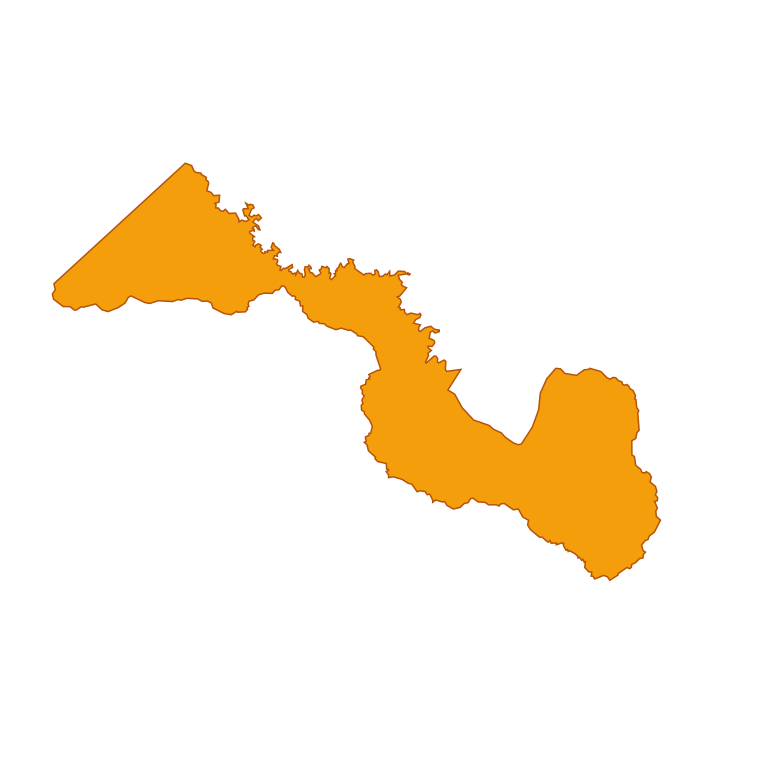 outline of Sonora, Mato Grosso do Sul, Brazil, rotated 224°
{"feature_id": "56859067B75872573246742", "entity_name": "Sonora", "entity_type": "district", "adm_level": 2, "iso_a3": "BRA", "parent_name": "Brazil", "parent_adm1": "Mato Grosso do Sul", "projection": "orthographic", "projection_center": [-54.401, -17.615], "detail": "fine", "context": "isolated", "style": "filled", "palette": "amber", "viewbox_px": 768, "rotation_deg": 224, "n_neighbors": 0, "source": "geoboundaries", "source_scale": "gbopen_adm2", "svg_char_len": 6136}
<svg xmlns="http://www.w3.org/2000/svg" viewBox="0 0 768 768"><g transform="rotate(224 384 384)"><path d="M83.0,409.0L83.9,410.2L81.8,420.7L78.9,421.9L78.7,423.9L80.4,426.3L79.0,430.1L78.9,435.9L76.9,438.7L79.0,441.8L79.1,444.7L81.7,444.1L86.8,446.9L87.3,452.6L86.1,455.6L87.6,459.0L86.6,465.3L90.5,478.1L96.2,478.0L100.2,481.4L101.2,484.7L107.8,487.5L106.3,489.9L108.1,492.3L111.8,492.8L113.1,496.3L117.6,498.9L124.6,498.4L127.1,502.9L130.8,503.9L134.6,503.1L134.2,501.7L136.7,499.5L140.3,500.9L146.4,500.3L153.5,505.8L156.4,505.2L166.3,515.3L165.1,519.7L168.3,524.8L168.3,527.9L181.3,539.4L182.1,541.7L185.9,542.6L191.9,547.8L193.1,547.4L195.1,550.4L200.3,552.3L204.0,551.5L206.5,552.5L208.9,552.4L210.4,549.9L211.9,549.5L214.5,550.8L217.8,549.2L221.7,549.5L223.9,547.7L224.6,544.6L227.9,543.4L236.7,543.6L246.9,538.2L246.8,536.9L249.9,533.3L251.5,524.0L261.1,517.3L267.6,517.5L271.3,514.6L270.5,500.7L265.2,486.0L254.8,472.8L247.3,455.9L243.5,436.3L245.5,433.3L250.1,431.5L260.0,429.9L265.5,430.4L273.6,427.5L279.4,427.3L294.5,420.3L311.5,421.3L326.1,425.8L333.9,424.1L338.8,447.9L347.7,436.6L350.1,437.2L355.2,443.2L357.3,443.1L359.4,437.2L360.9,436.9L363.2,439.7L365.9,440.1L367.4,439.0L368.2,428.3L369.4,428.6L371.7,435.4L373.8,436.6L373.2,441.0L377.5,440.7L378.5,441.7L375.5,444.5L375.9,448.3L377.3,449.9L379.2,449.9L383.2,448.2L386.7,453.4L385.8,456.0L382.7,456.1L380.6,460.1L381.8,461.2L385.7,458.4L390.5,458.0L393.6,452.8L394.4,447.0L396.0,446.5L398.5,448.8L398.8,451.8L405.0,448.3L405.9,452.4L404.5,456.7L405.5,459.5L407.2,459.8L407.7,457.5L413.9,453.7L415.6,449.9L418.7,449.8L421.2,451.8L423.7,448.8L425.4,450.0L426.9,449.2L428.3,454.7L431.0,456.3L434.9,455.9L433.8,458.2L434.6,468.9L439.2,467.3L441.0,467.9L441.4,469.9L445.5,470.0L449.3,472.2L444.3,478.8L447.2,479.3L452.1,475.2L452.2,469.6L454.8,465.8L458.2,469.0L457.7,464.5L459.4,464.2L459.8,460.7L462.1,458.1L466.0,460.7L468.8,460.9L469.5,459.3L466.8,457.1L467.5,454.6L470.5,454.4L474.0,450.5L474.1,448.4L485.4,446.7L486.5,448.4L491.4,450.0L491.9,452.1L496.0,450.2L496.7,448.7L492.8,446.3L493.9,445.0L493.5,440.1L495.3,439.5L499.0,440.8L498.9,439.1L497.5,436.0L498.0,434.4L496.5,432.7L497.6,432.0L495.6,429.8L496.4,428.8L494.1,428.3L494.4,422.4L496.8,422.5L498.5,426.3L499.8,426.7L500.5,425.4L503.4,428.8L506.7,429.0L506.3,427.5L510.4,425.5L509.0,423.0L509.8,421.0L506.7,420.0L506.3,418.6L507.8,413.7L513.1,414.0L514.4,413.0L518.1,414.2L516.4,416.4L517.5,417.2L520.5,417.3L519.9,415.4L522.2,413.7L520.7,411.0L516.3,407.8L515.7,405.4L516.7,404.3L519.5,406.2L522.0,405.0L525.0,405.8L523.2,401.0L525.2,402.0L526.2,399.5L529.1,400.2L530.5,399.0L532.1,400.2L530.7,404.4L533.0,406.1L535.1,398.6L536.8,397.3L536.8,394.2L538.0,393.7L539.8,397.0L543.0,395.4L544.8,395.9L545.9,398.9L547.4,399.4L550.6,397.2L552.0,400.4L549.5,401.8L551.2,403.2L550.9,406.1L549.7,406.9L552.9,408.1L559.0,407.5L561.0,408.6L562.1,408.3L560.1,403.9L556.4,403.3L560.6,399.2L559.3,397.9L561.6,396.5L560.6,395.5L561.5,394.0L564.5,393.8L565.8,395.2L565.2,396.3L568.3,396.4L568.7,398.5L571.8,397.5L572.7,394.6L572.0,393.3L574.7,392.6L576.0,396.9L578.3,396.2L580.4,398.5L579.5,400.0L585.4,399.3L586.5,400.3L585.0,403.4L583.5,403.9L584.9,405.1L587.0,404.7L586.8,407.5L585.9,408.6L581.4,407.8L580.3,408.8L584.2,410.5L590.8,409.3L591.3,413.0L590.5,414.5L587.9,414.0L587.5,418.2L591.8,418.8L592.9,416.0L594.8,415.2L595.0,412.4L598.2,411.4L600.7,417.6L599.8,420.5L602.8,421.7L605.1,420.3L605.1,418.9L609.0,418.1L603.4,415.9L606.7,412.7L606.6,411.3L601.0,408.1L600.4,409.2L595.3,408.4L596.2,405.0L600.1,403.2L600.9,399.8L602.6,401.6L609.5,403.8L614.0,399.0L619.5,399.5L619.8,396.3L622.3,395.0L625.3,395.6L627.4,393.8L629.4,396.4L631.1,396.6L629.0,400.2L633.4,405.6L637.5,401.1L641.4,401.7L645.8,400.0L649.4,406.4L651.0,407.5L654.2,407.3L655.2,409.2L661.1,407.8L662.2,408.6L665.9,405.7L668.6,405.2L674.1,407.5L680.3,404.8L691.1,226.8L685.9,223.5L685.1,218.4L680.7,215.5L668.5,216.9L663.5,221.6L658.2,222.0L656.7,223.5L655.4,229.4L653.5,230.5L647.0,241.3L638.3,241.5L632.8,244.4L628.3,254.2L626.5,262.3L628.1,268.7L627.2,271.6L612.3,276.6L608.3,279.4L604.3,287.0L593.3,296.5L591.2,301.1L588.0,303.6L585.3,308.7L577.1,315.8L572.3,317.1L568.3,321.2L564.3,322.3L559.8,319.9L548.0,323.6L542.0,327.7L540.5,333.9L539.2,333.9L533.8,339.7L534.1,343.0L535.6,344.0L535.1,346.0L537.2,347.1L538.6,349.8L536.0,354.0L536.2,361.0L533.3,366.1L527.3,371.6L527.5,375.8L525.0,378.8L525.7,383.9L522.6,385.1L516.8,383.1L511.0,383.4L510.0,384.9L508.0,385.0L506.6,383.2L502.2,385.0L498.4,382.1L496.6,383.7L493.0,379.7L487.6,380.4L484.2,378.6L477.6,379.6L474.9,383.2L472.6,382.7L468.7,385.9L465.1,386.0L456.3,389.7L453.7,394.4L446.4,398.2L445.8,399.6L438.3,401.1L436.6,400.4L431.8,403.6L416.8,403.5L416.0,401.7L412.4,401.7L409.6,399.1L396.9,392.5L396.7,390.7L398.2,389.3L401.5,380.2L399.2,379.6L399.3,377.9L397.8,377.7L399.6,374.6L397.1,371.0L399.1,366.5L398.3,365.0L394.7,364.2L393.0,361.9L389.9,361.6L388.8,357.2L385.4,355.0L385.6,352.9L382.1,349.7L378.6,350.3L377.4,348.9L369.0,347.9L362.9,345.4L359.3,339.1L360.5,338.1L359.2,336.7L360.6,332.9L356.9,330.3L357.7,328.3L354.1,328.5L348.7,325.1L339.4,325.5L338.6,324.0L334.7,323.8L327.0,328.4L323.1,324.6L321.6,325.7L320.6,324.9L321.7,322.6L317.5,321.7L315.7,319.8L313.0,323.6L304.8,327.9L297.6,329.4L294.4,331.3L285.2,329.5L284.1,332.1L279.8,335.2L276.2,334.3L274.5,336.5L268.2,334.3L266.8,332.8L266.2,336.5L260.0,339.7L258.7,341.5L254.2,340.4L247.2,342.3L243.4,348.3L243.3,353.7L241.1,357.0L242.1,361.8L240.8,363.6L234.3,364.6L229.1,369.1L224.9,369.7L219.3,375.1L216.4,376.2L216.8,378.7L214.5,381.6L203.5,383.4L200.5,387.4L191.8,384.7L185.4,386.4L182.8,382.4L177.8,381.0L165.8,381.8L164.0,383.7L157.0,384.0L155.8,384.7L155.9,386.6L153.2,385.6L149.5,389.4L148.4,388.0L145.4,393.6L144.0,394.1L143.2,392.7L137.7,390.8L137.0,392.4L135.1,391.4L134.7,393.0L128.7,394.6L124.6,394.6L123.8,393.6L122.6,395.1L119.3,394.4L119.0,396.0L116.2,394.9L115.7,396.1L112.1,391.4L106.3,391.1L103.8,393.0L101.5,389.7L100.1,390.9L97.0,390.1L93.0,398.9L89.3,400.6L85.2,399.6L83.0,409.0ZM444.3,478.8L441.5,480.0L441.7,481.3L444.2,480.4L444.3,478.8Z" fill="#f59e0b" stroke="#b45309" stroke-width="1.5"/></g></svg>